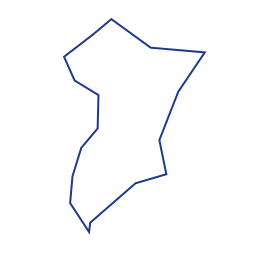 Livadia Lefosias, Nicosia, Cyprus (Mercator projection), rotated 275°
{"feature_id": "46923920B98591883747598", "entity_name": "Livadia Lefosias", "entity_type": "district", "adm_level": 2, "iso_a3": "CYP", "parent_name": "Cyprus", "parent_adm1": "Nicosia", "projection": "mercator", "projection_center": [33.012, 34.95], "detail": "fine", "context": "isolated", "style": "outline", "palette": "blue", "viewbox_px": 256, "rotation_deg": 275, "n_neighbors": 0, "source": "geoboundaries", "source_scale": "gbopen_adm2", "svg_char_len": 376}
<svg xmlns="http://www.w3.org/2000/svg" viewBox="0 0 256 256"><g transform="rotate(275 128 128)"><path d="M210.0,197.9L210.0,143.6L235.0,101.9L218.4,85.3L193.4,58.1L170.6,70.7L158.2,95.7L124.9,97.8L104.2,83.2L75.1,76.9L48.1,76.9L37.0,85.7L21.0,98.3L30.4,98.6L73.6,140.3L85.3,170.2L118.7,160.3L168.5,174.9L210.0,197.9Z" fill="none" stroke="#1e3a8a" stroke-width="2"/></g></svg>